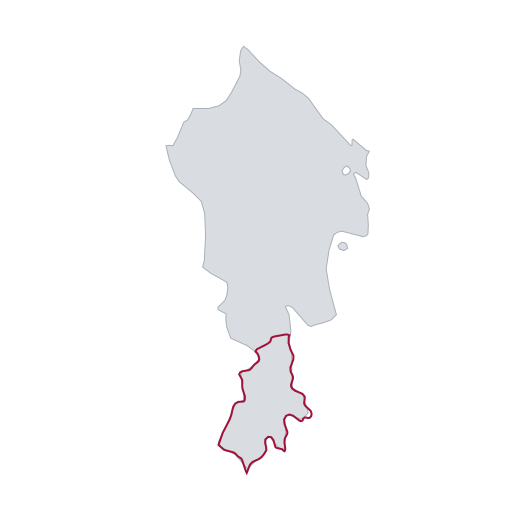 where Syunik sits in Armenia, rotated 48°
{"feature_id": "ARM-1732", "entity_name": "Syunik", "entity_type": "Province", "adm_level": 1, "iso_a3": "ARM", "parent_name": "Armenia", "parent_adm1": "", "projection": "robinson", "projection_center": [46.179, 39.357], "detail": "fine", "context": "in_parent", "style": "outline", "palette": "rose", "viewbox_px": 512, "rotation_deg": 48, "n_neighbors": 0, "source": "natural_earth", "source_scale": "10m", "svg_char_len": 3525}
<svg xmlns="http://www.w3.org/2000/svg" viewBox="0 0 512 512"><g transform="rotate(48 256 256)"><path d="M228.5,303.1L224.9,297.6L206.9,279.6L190.2,265.8L178.8,260.1L167.2,260.7L149.1,263.4L142.5,262.3L126.9,256.3L113.9,249.2L115.7,246.3L118.5,244.1L115.3,234.9L108.2,220.0L109.1,215.4L106.8,209.0L104.3,204.1L114.7,192.5L119.5,183.2L120.6,174.1L118.0,164.6L111.5,147.5L107.4,142.6L99.8,137.9L93.4,130.3L91.8,125.0L97.3,123.9L113.1,123.7L128.5,121.9L140.6,118.4L158.0,115.4L165.2,112.8L173.6,111.5L199.1,114.3L208.6,112.2L237.2,111.7L238.0,110.6L234.1,107.0L234.2,105.7L251.2,103.4L253.9,101.7L256.1,107.4L262.4,113.8L269.4,116.3L273.2,119.9L273.3,122.5L260.9,125.8L260.1,127.4L260.9,129.0L264.6,129.7L281.9,137.7L291.8,137.9L297.0,140.3L299.6,145.1L307.9,151.6L314.4,157.9L314.8,160.1L313.6,163.3L295.0,175.6L292.7,179.9L292.4,184.4L300.5,197.8L312.4,212.4L329.7,223.5L353.5,235.6L353.8,243.1L350.0,251.9L346.8,258.0L345.3,262.1L342.4,263.8L318.6,263.4L315.0,264.9L313.5,266.6L313.3,268.1L321.9,270.8L335.2,280.4L342.9,289.7L350.9,293.7L359.8,301.2L367.0,308.1L378.2,317.0L390.7,314.1L407.4,322.0L408.1,327.4L407.1,332.2L396.6,337.5L395.3,339.7L395.3,341.5L396.7,344.1L402.9,348.4L410.1,354.8L418.3,364.4L414.7,367.2L407.1,367.6L401.1,366.4L399.0,368.4L399.1,371.5L406.9,378.8L408.4,384.1L408.1,393.2L408.5,404.8L390.4,404.1L374.9,409.7L369.1,408.5L365.2,398.7L361.9,390.7L352.1,370.2L354.7,361.8L349.3,356.9L336.0,348.2L332.7,344.6L334.5,339.6L335.8,330.6L334.6,323.2L331.0,321.0L324.5,320.9L316.4,322.7L300.3,329.8L289.2,325.3L282.7,320.7L279.0,316.9L270.6,320.1L268.6,318.5L268.2,309.1L265.7,304.0L260.7,298.1L256.0,295.2L238.8,301.1L228.5,303.1ZM256.0,135.1L256.5,131.7L255.8,128.6L253.0,127.7L249.6,128.5L249.3,131.9L250.3,135.1L253.8,136.5L256.0,135.1ZM310.7,187.2L306.7,189.3L303.0,188.3L303.1,183.1L305.7,181.0L308.8,181.1L311.7,183.0L310.7,187.2Z" fill="#d9dde1" stroke="#a8b0b8" stroke-width="1"/><path d="M337.2,284.2L338.0,285.8L342.7,290.2L345.0,291.2L348.4,292.9L355.0,294.8L357.8,297.4L361.9,305.1L365.1,307.6L369.1,308.7L370.9,309.6L372.4,311.4L374.9,315.8L376.4,317.2L378.7,317.8L382.3,317.1L389.5,313.7L393.0,313.9L394.5,315.1L397.0,318.2L398.6,319.3L400.6,319.6L407.2,319.0L408.9,319.4L410.6,320.4L411.9,322.1L412.2,324.2L411.3,325.8L409.8,326.7L408.6,327.8L408.5,329.9L409.3,331.2L409.2,332.4L408.5,333.4L407.2,333.9L399.5,335.3L396.2,337.2L394.9,340.5L396.3,344.5L399.7,347.1L407.3,350.2L408.9,351.5L409.7,353.4L410.3,355.4L411.3,357.3L413.8,359.8L418.3,362.8L419.0,363.4L419.7,364.2L419.8,364.5L420.2,365.4L419.3,365.8L417.1,365.9L412.2,369.2L410.9,369.4L404.6,366.3L400.9,365.9L398.5,368.0L398.6,371.9L401.3,374.5L404.8,376.3L407.3,378.3L408.6,382.5L409.2,386.1L408.9,389.7L407.5,393.7L407.5,394.1L407.3,394.5L406.9,396.0L406.8,397.6L406.9,399.2L407.3,400.7L411.0,408.0L409.1,407.5L398.2,402.8L396.7,402.5L395.6,402.7L393.1,403.5L389.0,403.6L387.6,403.9L385.6,404.9L380.1,408.6L378.3,409.5L371.3,410.3L365.2,399.2L359.8,384.8L357.6,380.7L354.9,377.0L352.7,373.6L351.8,370.2L352.4,367.0L354.9,363.8L355.6,363.0L355.9,362.0L355.6,361.1L354.9,360.1L352.8,358.1L346.8,355.4L345.3,354.7L342.8,352.8L340.8,350.8L338.7,349.1L332.7,347.7L332.5,347.1L331.9,345.7L332.5,343.2L336.1,337.7L336.5,335.7L335.6,329.9L335.9,326.6L335.9,324.4L335.0,322.8L332.6,321.2L329.7,320.2L327.3,320.2L326.7,320.3L326.6,320.1L326.1,318.8L326.0,318.3L325.9,317.6L328.7,307.3L329.1,304.6L329.1,302.6L327.1,299.2L327.4,297.8L328.3,295.9L333.8,287.0L335.4,285.2L337.2,284.2Z" fill="none" stroke="#9f1239" stroke-width="2"/></g></svg>